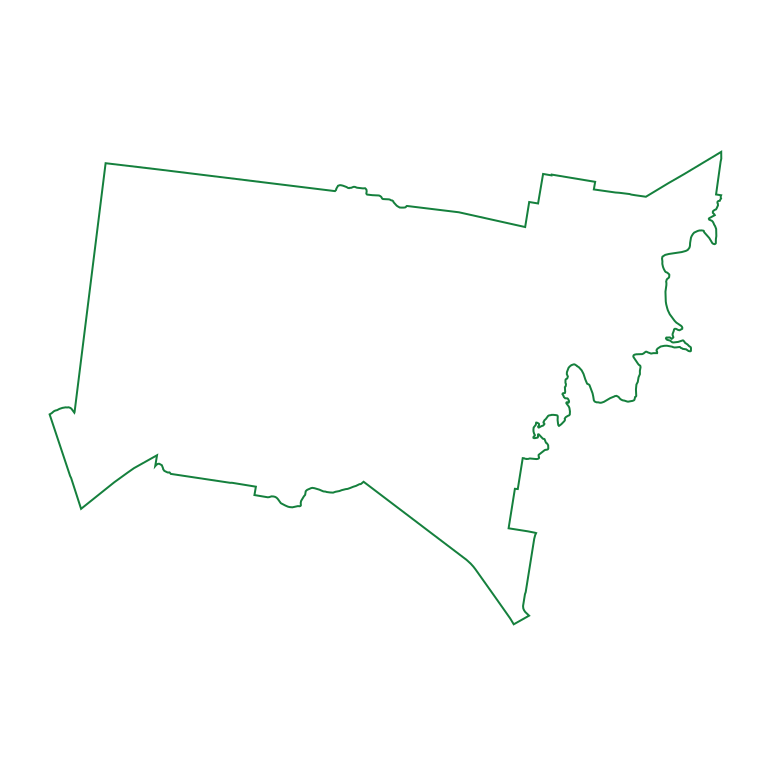 Brimbank, Victoria, Australia, rotated 91°
{"feature_id": "25037944B23246777843178", "entity_name": "Brimbank", "entity_type": "district", "adm_level": 2, "iso_a3": "AUS", "parent_name": "Australia", "parent_adm1": "Victoria", "projection": "albers", "projection_center": [144.807, -37.743], "detail": "fine", "context": "isolated", "style": "outline", "palette": "green", "viewbox_px": 768, "rotation_deg": 91, "n_neighbors": 0, "source": "geoboundaries", "source_scale": "gbopen_adm2", "svg_char_len": 6061}
<svg xmlns="http://www.w3.org/2000/svg" viewBox="0 0 768 768"><g transform="rotate(91 384 384)"><path d="M622.0,250.1L613.1,234.9L609.5,238.8L607.8,240.0L606.0,240.8L603.6,241.1L591.7,239.4L589.6,238.7L536.1,231.1L532.4,230.2L530.4,229.3L530.1,230.3L528.8,237.6L526.1,256.9L486.5,251.3L486.7,248.4L455.7,244.0L455.8,242.6L456.3,241.6L456.3,240.6L456.5,240.3L456.4,238.6L455.9,236.9L456.4,230.4L456.3,229.5L455.9,228.3L455.6,227.9L454.7,227.7L453.1,228.2L452.1,228.1L447.4,222.3L447.0,221.4L446.9,220.4L446.6,219.3L446.1,218.8L445.5,218.6L442.4,218.8L440.6,219.9L440.1,220.8L439.5,221.2L436.4,222.5L436.1,223.0L436.1,223.8L435.6,224.5L431.7,228.3L431.6,228.9L431.8,229.1L434.2,229.1L434.9,229.5L435.5,232.1L435.5,233.1L435.1,233.7L434.1,233.5L432.9,232.3L432.3,232.3L430.9,233.1L428.8,233.7L426.9,233.8L424.9,233.6L422.1,231.5L420.0,231.2L419.9,230.6L420.5,229.3L420.8,228.7L421.3,228.3L422.5,228.3L424.1,229.2L424.8,228.7L424.8,228.3L423.4,225.9L422.8,224.2L421.5,223.0L420.7,223.0L420.0,223.8L419.4,223.9L417.4,222.9L416.2,221.6L413.1,219.4L412.6,218.6L412.1,216.2L411.9,215.7L411.9,214.0L412.1,211.7L412.3,210.5L412.6,210.0L413.6,209.7L417.0,209.8L420.6,209.3L422.0,209.0L422.8,208.4L422.8,208.2L421.1,206.0L417.9,203.0L416.7,202.4L415.5,202.7L414.1,201.8L412.8,199.9L412.0,198.2L411.2,197.7L408.2,197.6L404.8,198.2L403.4,198.8L400.2,201.3L399.4,201.3L399.1,201.0L399.0,200.2L399.4,199.7L399.5,199.2L398.7,198.7L397.8,198.7L395.9,199.6L395.2,200.3L395.1,202.6L393.9,203.9L392.4,204.5L391.0,205.4L390.3,205.1L390.0,204.3L389.9,203.1L389.7,202.9L388.7,202.7L384.0,203.1L383.2,202.4L381.7,202.1L380.8,202.1L379.7,202.6L376.8,202.6L376.1,202.3L375.5,201.2L375.0,200.8L373.3,200.3L370.9,201.4L368.9,201.3L364.7,199.8L363.4,198.8L361.9,197.0L361.1,194.8L361.1,193.7L362.4,191.5L362.7,191.4L363.8,189.5L366.9,186.6L370.4,184.7L375.9,182.8L380.0,181.0L380.3,180.7L380.8,179.4L381.3,178.7L382.1,178.3L389.7,175.3L392.7,174.6L396.6,173.9L397.8,173.1L398.2,172.3L398.6,171.1L398.6,169.4L398.9,168.2L399.0,167.1L398.8,166.0L398.0,163.8L394.2,157.6L392.4,153.4L392.1,153.0L391.8,151.3L392.5,149.9L393.0,149.1L394.5,147.9L395.6,146.4L396.2,144.9L396.4,143.4L397.3,140.5L397.4,139.6L396.5,135.1L395.9,133.8L395.3,133.3L392.6,132.7L392.2,132.0L391.5,131.6L385.0,132.0L380.1,131.6L377.5,130.3L372.8,129.6L369.7,128.3L366.4,128.4L362.8,127.8L361.6,128.0L361.2,128.2L360.3,129.6L359.2,130.5L352.9,134.9L352.1,135.2L351.1,135.0L350.6,134.5L350.3,134.0L349.9,132.3L349.6,126.4L348.9,124.9L348.0,124.0L347.1,122.6L347.2,121.9L347.8,120.7L348.9,117.5L348.4,114.9L348.4,111.5L348.1,111.4L346.7,111.6L346.1,112.1L345.4,112.1L343.9,111.2L341.7,108.0L340.9,104.3L340.8,101.7L341.7,96.5L342.1,95.6L342.4,94.2L342.3,92.5L341.8,88.9L342.8,87.7L343.1,86.7L343.6,86.0L344.1,82.5L345.7,80.1L346.0,78.5L345.5,77.7L342.6,77.7L341.7,78.1L340.8,79.6L339.2,81.2L337.5,83.8L336.6,84.3L335.3,85.5L335.2,86.1L336.8,90.7L337.4,95.1L337.4,95.9L337.1,96.8L335.6,98.7L334.9,101.6L334.4,102.3L333.5,102.9L333.3,102.9L332.6,102.4L332.5,98.9L333.8,97.1L332.6,95.7L332.2,95.5L330.0,96.3L328.9,96.3L325.8,95.2L324.6,95.0L324.0,94.6L323.7,94.0L323.8,92.9L324.9,90.7L325.1,89.4L323.6,86.8L322.5,86.7L321.4,87.2L320.7,87.9L317.5,92.8L315.7,94.6L309.3,99.5L305.3,101.5L303.1,102.2L299.5,103.2L296.7,103.7L286.8,104.2L280.2,103.4L277.9,103.4L276.9,103.7L274.8,103.2L273.8,102.5L273.2,101.5L272.2,100.8L269.9,100.6L269.4,100.8L267.8,102.6L267.1,104.3L266.5,104.9L264.0,106.3L262.0,107.1L259.1,107.8L256.4,107.8L253.7,108.2L251.8,107.8L250.0,105.1L249.0,101.3L246.9,88.7L245.7,84.6L244.7,82.7L242.6,81.1L241.8,80.8L240.4,80.5L237.6,80.4L232.3,79.6L230.6,78.9L228.6,77.7L227.2,76.5L225.5,73.0L225.0,71.3L224.9,69.2L225.1,67.5L225.3,67.0L226.7,66.5L232.4,61.3L237.4,58.2L238.0,57.4L238.3,56.5L238.4,55.9L238.0,55.1L237.4,54.7L233.4,54.7L230.3,54.3L223.2,54.6L220.4,55.7L218.7,56.8L217.8,57.1L216.0,58.1L215.1,59.0L214.0,61.7L213.2,62.1L212.5,61.7L209.4,56.2L208.6,56.7L207.1,58.2L206.0,58.2L205.3,57.9L204.2,56.5L203.6,55.1L202.8,54.6L199.6,53.2L198.0,53.3L197.1,53.8L196.0,53.7L195.2,52.9L195.0,51.5L193.5,50.9L192.7,50.2L191.9,50.5L190.5,50.6L189.4,50.2L188.7,55.3L155.7,51.3L152.9,50.7L146.0,50.9L168.8,87.4L178.2,103.1L192.2,125.4L190.9,135.9L190.3,140.1L189.8,141.7L188.7,152.1L188.5,155.9L185.8,177.6L178.2,176.4L171.7,220.0L172.5,220.1L171.2,228.6L200.8,233.1L199.5,242.0L224.6,245.6L211.0,312.1L205.6,364.1L205.7,364.5L206.8,365.4L207.1,366.0L207.3,367.9L207.3,371.3L206.5,372.8L205.5,374.4L202.1,377.6L201.2,377.9L200.4,378.9L200.3,379.9L199.5,381.4L199.3,382.3L199.1,388.2L198.6,389.1L197.0,390.0L196.2,391.0L195.6,392.3L195.4,398.9L194.9,404.2L194.3,404.8L193.8,405.0L191.8,404.7L190.2,404.9L189.1,405.7L188.6,406.3L188.8,408.4L188.5,411.4L188.2,414.5L187.4,416.6L187.4,417.9L188.4,420.2L188.5,421.8L188.8,422.3L188.5,423.6L187.7,424.9L186.4,428.6L186.0,430.6L186.0,431.7L186.6,433.4L189.6,435.1L190.8,435.3L192.0,436.4L173.4,613.5L168.1,666.2L417.5,692.9L418.1,693.1L414.3,696.0L413.4,697.1L412.8,698.9L413.0,700.5L412.9,701.9L413.5,705.1L414.6,708.2L415.8,710.3L416.3,712.2L417.1,713.7L419.0,715.8L420.2,717.8L481.5,696.2L483.4,695.2L514.1,684.7L486.9,651.9L477.0,638.7L472.5,632.5L459.2,609.7L470.1,611.3L468.9,610.3L467.9,608.9L467.7,608.2L467.7,607.3L469.1,604.7L472.3,603.4L473.1,603.3L474.7,602.1L476.2,598.9L476.3,598.0L476.1,597.3L476.2,596.8L477.6,595.6L485.5,535.9L485.4,534.4L488.9,510.3L497.3,511.6L499.3,498.2L499.1,496.8L498.3,494.5L498.4,492.4L498.8,490.8L499.6,489.4L500.9,488.1L504.9,485.1L505.2,484.6L507.2,480.6L508.3,478.0L508.7,476.3L508.9,473.5L507.6,468.0L507.7,466.2L507.4,465.4L506.7,465.0L504.2,465.2L502.3,464.8L497.8,462.2L496.2,460.9L492.6,460.4L491.6,459.5L491.1,458.8L489.4,455.1L489.1,453.9L489.4,451.7L490.8,446.7L492.3,443.1L492.5,442.3L492.6,440.6L493.0,439.4L493.4,435.9L493.5,433.0L492.6,430.6L491.8,426.7L490.9,424.5L489.8,420.5L489.5,418.5L488.6,416.1L487.2,412.8L486.4,410.3L484.6,406.8L484.5,405.7L484.2,405.1L482.1,402.7L558.4,298.4L562.2,294.1L565.1,291.4L567.6,289.4L594.5,269.6L616.1,253.8L622.0,250.1Z" fill="none" stroke="#15803d" stroke-width="2"/></g></svg>